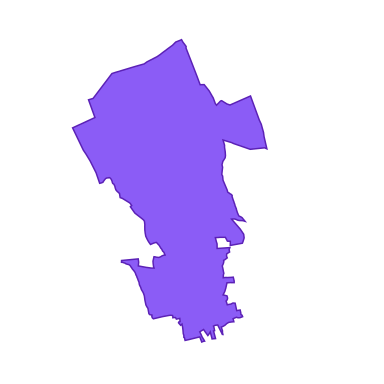 outline of Tixcacalcupul, Yucatán, Mexico, rotated 155°
{"feature_id": "50627088B72641444034530", "entity_name": "Tixcacalcupul", "entity_type": "district", "adm_level": 2, "iso_a3": "MEX", "parent_name": "Mexico", "parent_adm1": "Yucatán", "projection": "robinson", "projection_center": [-88.305, 20.412], "detail": "fine", "context": "isolated", "style": "filled", "palette": "violet", "viewbox_px": 384, "rotation_deg": 155, "n_neighbors": 0, "source": "geoboundaries", "source_scale": "gbopen_adm2", "svg_char_len": 5827}
<svg xmlns="http://www.w3.org/2000/svg" viewBox="0 0 384 384"><g transform="rotate(155 192 192)"><path d="M273.1,300.6L272.8,275.8L272.0,270.7L271.2,263.2L270.8,249.9L271.0,248.2L272.0,238.9L270.5,238.6L270.0,238.5L269.4,238.5L268.8,238.4L268.5,238.5L267.9,239.0L266.7,239.6L266.3,239.9L265.6,240.2L265.0,240.5L264.5,240.7L264.2,240.7L263.3,240.7L262.7,240.5L262.4,240.4L262.1,240.2L261.8,240.2L261.1,240.1L260.9,240.0L260.5,239.7L259.9,237.9L259.8,237.4L259.9,236.5L259.9,235.5L260.2,234.2L260.2,233.3L259.8,232.5L259.5,232.1L259.5,231.0L259.5,229.8L259.5,229.6L259.7,229.0L259.9,227.9L260.0,226.9L260.1,226.2L260.0,225.8L259.8,225.0L259.7,224.7L259.6,224.2L259.4,223.7L259.0,223.0L258.8,222.3L258.7,222.1L258.6,221.9L258.3,221.4L258.4,221.1L259.5,217.3L258.1,215.9L257.6,215.3L257.0,214.4L253.3,208.8L252.9,208.0L252.7,207.3L252.6,206.2L252.4,205.2L254.1,204.7L252.7,197.0L248.9,189.6L247.7,187.1L247.5,185.9L247.7,184.7L248.0,184.1L248.2,183.4L248.6,182.2L249.2,181.1L250.8,177.5L251.8,174.5L252.0,173.7L252.6,171.5L252.6,168.3L252.4,165.4L252.2,164.2L251.8,162.0L248.8,161.9L248.2,161.9L247.9,161.8L247.3,161.7L246.4,161.6L245.5,161.3L245.2,160.1L244.7,158.7L244.6,158.4L244.4,157.9L244.3,157.4L244.2,156.5L244.2,156.4L244.1,155.5L244.0,154.2L243.8,153.7L243.6,152.9L243.6,152.2L243.6,151.3L243.6,150.9L243.3,150.1L243.0,149.4L242.9,148.9L243.0,148.5L243.0,148.3L243.1,147.5L243.0,147.0L243.0,146.8L243.1,146.2L243.9,146.5L244.3,146.6L245.8,146.8L246.2,146.8L247.2,146.6L247.7,146.6L248.3,146.6L248.5,146.6L249.0,146.6L249.5,146.7L249.9,146.8L250.3,147.0L250.7,147.3L250.9,147.4L251.7,147.9L252.3,148.3L252.5,148.5L252.8,148.8L253.8,149.4L256.6,145.8L257.5,143.4L258.1,141.5L258.4,140.4L258.5,139.1L261.1,140.3L263.7,142.0L265.3,143.0L271.9,147.7L270.0,150.9L269.0,154.1L284.8,159.7L285.6,158.1L285.1,157.8L284.3,157.3L283.8,156.7L282.9,156.0L282.3,154.9L281.7,154.4L281.4,154.0L281.1,153.8L280.8,153.6L280.2,153.1L279.8,152.7L279.5,152.2L279.1,151.3L279.0,150.2L278.9,149.4L278.7,148.9L278.7,148.1L278.5,147.0L278.3,146.4L278.1,145.9L278.0,145.4L277.6,143.3L277.6,142.7L277.7,141.4L277.8,140.8L277.8,139.7L277.7,139.0L277.9,138.1L277.9,136.6L278.1,134.7L278.2,132.3L278.4,131.6L278.6,131.3L278.8,130.3L278.9,129.5L278.8,128.8L278.9,128.3L278.8,127.9L278.8,127.5L278.9,126.7L279.0,125.9L279.1,125.0L279.0,123.7L278.9,123.2L278.8,121.9L278.8,120.5L279.1,118.0L280.4,113.8L281.5,109.1L281.4,107.0L281.3,106.2L281.1,105.3L281.3,104.5L282.5,99.9L282.1,98.7L280.3,97.4L281.1,95.9L281.1,94.6L280.6,93.4L271.4,91.5L264.8,89.8L263.4,89.3L261.8,88.3L262.0,87.1L262.3,86.5L262.5,86.2L260.0,85.2L259.9,83.4L256.5,82.6L257.6,79.6L258.8,79.8L259.5,79.2L259.3,78.3L258.6,76.0L256.9,76.5L257.6,73.6L258.5,70.8L259.8,67.3L260.0,65.5L260.8,63.7L260.4,63.3L261.0,60.4L257.4,59.6L252.3,58.6L248.2,57.8L246.2,57.4L246.6,51.9L244.7,51.8L243.6,51.5L243.7,53.2L244.1,56.5L244.0,58.6L244.0,59.9L244.1,62.0L239.6,62.5L239.2,59.9L238.3,55.2L237.1,55.8L235.7,56.7L234.6,57.5L235.9,50.3L235.0,50.1L234.4,49.8L234.0,49.8L233.6,49.5L232.6,49.2L231.2,57.0L230.1,56.8L229.3,60.1L229.2,61.4L227.4,61.4L224.9,60.6L224.7,51.6L224.7,50.1L224.2,49.8L223.8,51.7L223.0,53.4L222.6,57.2L220.8,57.1L218.5,57.3L216.0,58.1L213.7,58.3L210.8,57.4L208.9,56.7L208.3,59.8L204.7,59.7L203.5,58.6L201.7,57.8L198.8,57.6L198.7,59.2L199.4,60.3L198.8,62.0L198.2,64.7L201.6,65.6L199.9,73.0L201.8,74.1L204.1,74.0L206.4,74.6L207.7,74.9L207.4,76.8L207.2,78.8L206.2,79.1L205.3,79.8L204.7,80.6L204.4,81.5L204.2,83.1L207.3,85.6L204.3,88.0L201.9,90.7L198.7,94.9L195.8,93.8L192.1,92.0L191.4,93.5L190.6,97.4L192.6,98.1L195.8,99.4L197.8,100.4L199.9,101.1L198.6,103.6L197.4,105.0L197.4,105.6L196.4,109.4L195.8,112.2L193.9,113.8L192.6,115.4L192.2,116.7L191.0,116.7L187.9,117.4L187.8,119.3L186.7,121.3L183.3,121.7L182.7,124.1L181.2,125.6L193.1,130.2L191.2,134.4L190.9,136.7L190.1,140.8L187.5,139.7L185.8,139.1L180.9,136.8L180.7,132.5L178.1,131.1L179.9,127.4L168.0,124.3L167.5,124.7L167.1,125.2L166.6,125.6L166.0,126.3L164.7,127.7L164.1,128.5L163.0,131.9L164.0,138.2L164.3,139.2L167.6,150.7L167.0,150.5L166.3,150.2L165.6,149.9L164.9,149.6L164.5,149.3L164.2,149.0L163.4,148.3L163.2,148.0L163.0,147.7L162.9,147.5L162.3,147.0L161.8,146.6L160.9,146.0L160.4,145.7L159.6,145.4L159.0,145.0L158.4,144.7L157.7,144.3L156.9,143.5L156.3,143.0L156.5,143.8L156.6,144.1L156.7,144.6L156.8,144.9L156.9,145.4L157.1,146.0L157.2,146.6L157.3,147.0L157.4,147.3L157.4,147.5L157.8,148.1L158.0,148.5L158.4,149.1L159.1,149.8L159.5,150.2L159.7,151.7L159.6,152.5L159.6,153.2L159.6,153.4L159.6,153.8L159.6,154.0L159.5,154.5L159.4,155.6L159.3,155.9L159.3,156.5L159.2,157.2L159.0,157.6L158.9,158.3L158.9,158.5L158.9,159.2L158.8,159.6L158.8,159.9L158.8,160.2L158.8,160.7L158.8,161.2L158.6,162.1L158.4,163.2L158.4,164.1L158.3,164.7L158.2,165.3L158.1,166.2L158.1,166.9L158.0,167.3L158.0,167.9L157.8,169.2L157.7,170.0L157.7,170.7L157.4,171.2L157.1,171.7L157.1,172.0L157.1,172.3L157.3,172.8L157.4,173.1L157.6,173.5L158.1,174.0L158.3,174.5L158.7,175.3L159.1,175.8L159.5,176.5L159.7,176.8L159.7,177.1L159.5,177.7L159.3,178.9L158.9,189.6L157.5,193.5L157.6,195.3L153.8,201.5L153.3,204.0L151.1,206.7L149.5,207.7L147.5,209.0L146.3,210.8L144.9,214.4L143.6,218.8L142.7,220.7L141.9,226.0L135.2,220.0L133.9,218.4L121.2,206.1L107.4,201.3L106.8,200.5L105.9,199.5L103.3,211.7L102.0,215.8L101.3,220.1L100.6,224.1L100.6,228.9L100.5,229.9L98.4,254.3L120.8,254.8L123.2,257.1L126.5,262.2L127.7,262.4L133.1,260.3L133.5,262.3L133.0,268.3L133.2,270.2L133.7,276.3L135.6,284.2L139.3,285.8L138.6,294.4L137.7,307.8L136.6,325.0L135.8,326.4L136.2,328.4L136.9,331.6L137.1,334.5L138.5,334.5L143.4,334.8L147.7,333.2L152.3,332.3L161.4,330.4L162.3,330.1L166.6,329.4L177.6,329.0L181.2,328.3L189.2,329.6L194.5,330.4L198.1,330.9L211.1,332.8L214.5,333.2L242.1,318.6L246.8,319.3L248.5,300.5L273.1,300.6Z" fill="#8b5cf6" stroke="#5b21b6" stroke-width="1.5"/></g></svg>